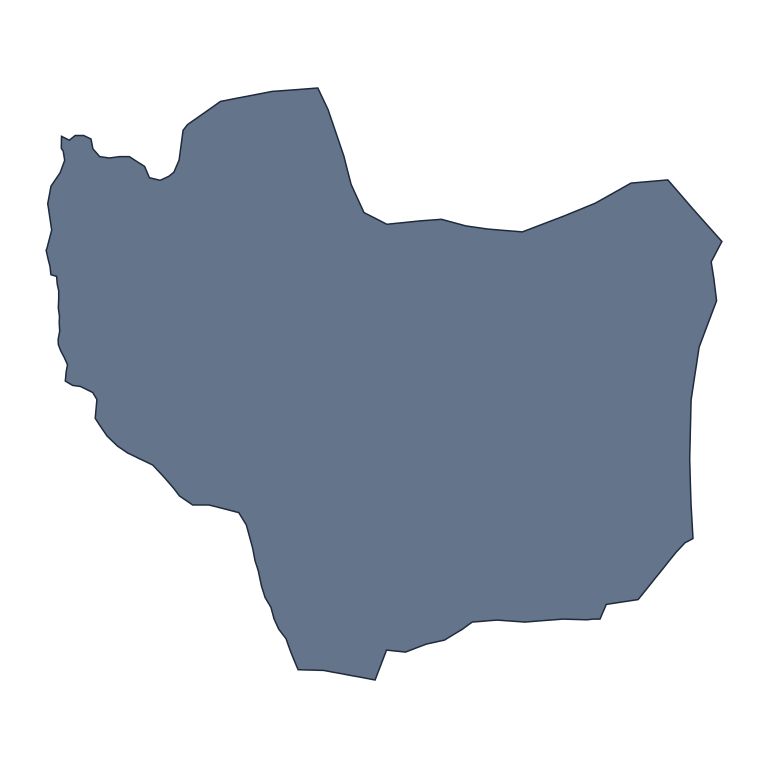 Tolikara, Papua, Indonesia (Natural Earth projection)
{"feature_id": "22746128B10432975654062", "entity_name": "Tolikara", "entity_type": "district", "adm_level": 2, "iso_a3": "IDN", "parent_name": "Indonesia", "parent_adm1": "Papua", "projection": "natural_earth1", "projection_center": [138.342, -3.489], "detail": "fine", "context": "isolated", "style": "filled", "palette": "slate", "viewbox_px": 768, "rotation_deg": 0, "n_neighbors": 0, "source": "geoboundaries", "source_scale": "gbopen_adm2", "svg_char_len": 3151}
<svg xmlns="http://www.w3.org/2000/svg" viewBox="0 0 768 768"><path d="M562.8,619.1L582.8,619.7L586.9,619.8L591.3,619.3L593.4,619.1L600.0,619.1L602.5,613.2L605.4,606.6L606.3,604.4L607.7,604.2L618.1,602.6L628.7,601.0L638.1,599.6L642.6,594.0L646.1,589.7L649.6,585.3L655.5,577.9L661.5,570.5L662.4,569.4L668.1,562.2L670.9,558.7L676.4,551.9L677.0,551.3L685.1,542.7L688.6,540.9L693.0,538.5L691.6,514.0L691.1,505.6L690.6,490.8L689.7,459.0L690.8,412.9L691.1,400.0L694.8,375.4L696.4,365.2L699.1,347.2L709.5,319.5L716.6,300.7L716.5,300.0L714.8,286.3L713.9,278.9L711.2,261.9L712.8,258.8L712.9,258.7L716.0,252.7L721.9,241.5L693.5,209.6L671.4,184.0L667.8,179.9L650.6,181.4L631.0,183.1L595.2,203.2L591.8,204.6L564.0,216.0L532.3,228.1L522.3,231.9L518.9,231.6L501.5,230.2L487.4,229.0L465.8,225.9L443.3,219.8L441.5,219.3L419.9,220.9L402.5,222.7L396.3,223.3L386.9,224.3L376.4,218.9L364.0,212.6L355.2,193.4L351.1,184.4L346.1,165.0L343.9,156.2L332.3,122.0L332.2,121.8L328.1,109.7L317.8,88.0L304.8,89.0L293.2,89.9L290.3,90.1L272.2,91.4L266.1,92.6L237.8,98.0L220.5,101.4L211.6,107.7L187.5,124.6L183.8,129.4L183.1,130.2L181.6,141.3L179.1,160.1L176.5,166.1L173.9,172.2L168.7,176.4L160.6,180.1L160.1,180.3L149.4,177.7L146.9,171.8L144.6,166.4L137.9,162.2L131.2,157.8L129.4,156.6L127.0,156.6L119.6,156.6L109.3,158.0L99.7,156.6L92.9,148.8L91.0,139.0L83.7,135.5L75.2,135.5L69.3,140.2L61.5,136.3L61.3,148.4L63.2,151.1L64.6,159.8L64.7,160.3L60.1,172.8L51.0,186.1L47.7,203.9L48.1,205.9L51.4,228.2L51.7,230.0L46.7,249.2L46.1,250.1L48.1,259.1L50.0,266.5L50.3,269.3L50.9,274.7L56.6,276.4L57.2,283.9L58.7,290.9L58.7,298.9L58.3,307.9L59.5,316.6L59.2,322.3L59.7,331.2L58.1,339.5L58.2,340.8L58.3,344.5L60.8,351.0L64.5,358.0L67.5,364.8L66.2,371.5L66.1,372.4L65.3,381.1L72.6,385.4L80.6,386.5L81.5,387.0L92.7,392.5L96.9,399.5L95.2,418.3L100.4,426.3L107.2,436.2L111.5,440.3L117.5,446.1L120.6,448.2L127.8,453.1L136.2,457.1L138.1,458.1L140.5,459.2L146.0,461.8L149.5,463.5L152.7,465.0L160.3,473.1L164.7,477.9L170.3,484.4L173.3,487.9L175.9,491.2L179.5,496.0L192.7,505.0L194.1,505.0L196.8,505.0L205.5,505.0L206.3,505.0L207.6,505.0L208.9,505.0L209.4,505.1L211.4,505.6L213.8,506.2L225.6,509.2L237.4,512.3L238.8,512.6L240.4,515.3L246.3,524.9L251.3,543.1L251.7,544.7L252.6,547.9L253.5,552.7L255.0,560.6L255.2,561.3L257.2,567.4L258.3,571.0L258.4,571.3L259.6,577.2L261.2,584.7L261.5,586.1L261.6,586.6L262.7,589.9L263.5,592.4L264.2,594.7L265.1,597.6L266.1,599.2L270.9,607.3L271.6,609.9L272.7,613.8L274.0,618.8L275.5,622.1L278.7,629.1L282.1,633.6L283.4,635.3L286.1,638.8L287.8,643.8L290.8,652.1L294.1,660.2L298.1,669.7L307.5,670.0L313.1,670.1L318.4,670.3L323.6,670.4L333.0,672.2L336.6,672.8L353.6,676.0L359.9,677.1L367.8,678.6L370.3,679.1L375.1,680.0L378.2,671.9L380.2,666.7L386.5,650.1L387.5,650.2L392.1,650.7L399.9,651.5L405.5,652.1L412.5,649.4L417.9,647.3L419.3,646.8L425.8,644.3L426.3,644.1L433.7,642.5L439.5,641.2L443.6,640.3L444.5,640.1L450.8,636.2L458.1,631.8L462.6,629.1L467.7,625.3L472.2,622.1L472.6,622.0L478.4,621.6L482.3,621.3L488.9,620.7L494.6,620.3L497.3,620.1L518.2,621.6L522.4,621.9L524.9,622.1L543.2,620.6L555.3,619.7L562.8,619.1Z" fill="#64748b" stroke="#1e293b" stroke-width="1.5"/></svg>